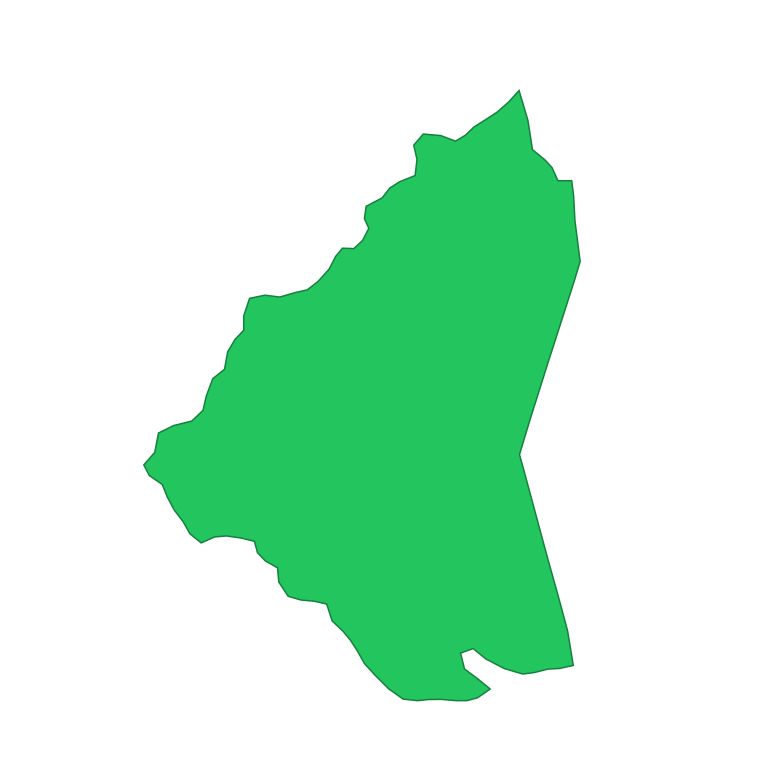 the district of Rodeio, Santa Catarina, Brazil, rotated 8°
{"feature_id": "56859067B58169582692874", "entity_name": "Rodeio", "entity_type": "district", "adm_level": 2, "iso_a3": "BRA", "parent_name": "Brazil", "parent_adm1": "Santa Catarina", "projection": "robinson", "projection_center": [-49.356, -26.886], "detail": "fine", "context": "isolated", "style": "filled", "palette": "green", "viewbox_px": 768, "rotation_deg": 8, "n_neighbors": 0, "source": "geoboundaries", "source_scale": "gbopen_adm2", "svg_char_len": 1473}
<svg xmlns="http://www.w3.org/2000/svg" viewBox="0 0 768 768"><g transform="rotate(8 384 384)"><path d="M531.6,671.3L518.0,663.0L503.4,655.0L497.3,639.8L509.1,633.6L523.3,642.2L542.9,649.1L561.8,651.9L573.1,648.8L585.7,643.6L597.7,641.2L610.6,636.3L600.3,603.3L591.4,582.2L583.7,564.4L569.1,531.0L535.3,451.8L528.0,435.0L533.6,398.9L544.2,335.6L546.6,322.1L558.2,254.8L561.2,235.4L550.3,195.5L545.6,171.3L541.6,156.6L528.0,158.5L520.3,146.4L512.4,139.8L498.4,131.3L494.7,118.9L489.9,103.1L484.2,90.5L476.9,74.6L468.2,87.4L458.2,99.0L447.9,108.0L437.3,117.0L430.0,126.3L420.9,133.6L405.7,130.1L388.1,131.0L380.2,143.4L385.4,156.9L385.8,173.2L371.4,181.5L362.5,189.1L356.2,200.0L341.6,210.5L341.6,223.0L347.3,232.0L342.8,244.8L335.3,254.1L324.0,255.3L318.3,264.5L313.7,277.8L304.3,291.8L294.8,301.5L283.4,305.8L268.8,312.4L253.8,312.6L239.0,317.9L235.6,336.1L237.6,350.3L230.3,360.5L224.7,374.0L224.0,391.6L213.7,402.5L209.7,420.7L208.4,435.4L198.7,447.5L181.5,454.4L167.5,463.9L166.5,483.6L157.4,497.6L164.3,507.3L178.4,514.4L185.1,526.0L193.9,538.1L204.4,548.5L212.7,559.4L225.1,566.8L237.6,559.0L249.2,556.4L263.6,556.4L277.6,557.8L282.2,568.7L291.2,575.8L304.1,580.8L307.4,594.8L318.7,607.6L331.9,609.5L344.9,608.8L357.9,609.9L365.6,625.8L378.1,634.8L386.4,642.4L394.8,652.1L403.5,663.5L416.0,673.9L431.2,685.3L446.8,693.4L461.4,692.9L471.8,690.3L484.1,688.4L500.0,687.5L510.3,686.0L520.2,681.8L531.6,671.3Z" fill="#22c55e" stroke="#15803d" stroke-width="1.5"/></g></svg>